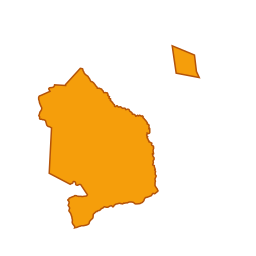 San Manuel Colohete, Lempira, Honduras (Natural Earth projection), rotated 156°
{"feature_id": "27666195B44208219646971", "entity_name": "San Manuel Colohete", "entity_type": "district", "adm_level": 2, "iso_a3": "HND", "parent_name": "Honduras", "parent_adm1": "Lempira", "projection": "natural_earth1", "projection_center": [-88.691, 14.444], "detail": "fine", "context": "isolated", "style": "filled", "palette": "amber", "viewbox_px": 256, "rotation_deg": 156, "n_neighbors": 0, "source": "geoboundaries", "source_scale": "gbopen_adm2", "svg_char_len": 5815}
<svg xmlns="http://www.w3.org/2000/svg" viewBox="0 0 256 256"><g transform="rotate(156 128 128)"><path d="M126.1,58.5L126.2,59.9L126.1,60.4L126.4,61.7L126.6,62.8L126.7,63.9L126.7,64.6L126.4,65.2L126.0,66.0L125.4,67.3L124.6,68.2L124.4,69.5L124.1,70.5L123.8,70.8L122.0,72.4L121.8,72.8L121.7,73.2L122.0,74.1L122.0,74.4L121.8,74.9L121.5,75.9L120.8,76.6L120.5,77.1L120.5,77.5L120.7,78.8L120.4,79.2L120.0,79.1L119.9,79.2L119.9,80.3L119.7,82.0L119.5,82.6L119.3,82.9L119.4,83.1L120.2,83.9L120.4,84.2L120.4,84.3L120.3,84.6L119.9,84.9L119.6,85.4L119.1,85.7L118.9,86.1L118.6,87.4L118.4,87.8L118.1,88.1L117.1,88.6L116.7,89.2L116.5,89.9L116.3,90.4L116.7,91.7L116.6,92.1L116.6,92.7L116.3,94.3L116.1,94.5L115.4,93.9L115.1,94.0L114.9,94.8L114.6,96.2L114.3,97.1L114.0,97.7L113.5,98.3L112.6,99.3L112.6,99.5L112.7,99.8L112.7,100.0L112.2,100.7L112.2,101.0L112.3,101.3L112.7,101.8L113.2,102.4L113.3,102.9L113.3,103.1L113.2,103.4L112.5,104.2L112.4,104.4L113.4,105.8L114.3,106.6L114.5,106.9L114.5,107.0L114.2,107.1L114.1,107.3L114.1,107.6L114.4,108.6L114.3,110.3L114.4,110.7L114.5,111.2L114.3,111.9L113.6,112.0L114.0,113.2L113.8,114.1L113.7,114.2L113.4,114.2L113.3,114.3L112.6,115.6L112.3,115.3L112.1,114.8L111.6,114.6L111.0,114.5L110.6,114.6L110.2,114.8L109.9,115.1L108.6,118.1L108.4,118.6L108.4,118.8L108.6,119.0L108.8,119.1L109.1,119.1L108.5,119.9L108.2,121.2L108.1,121.4L107.8,121.6L107.7,121.9L107.7,122.3L107.8,122.8L108.8,124.0L108.3,124.8L108.3,125.0L108.6,126.8L108.9,127.9L109.0,128.4L109.2,128.7L109.4,129.0L109.5,130.1L110.1,131.3L110.0,131.7L109.6,132.0L109.8,133.1L110.4,133.4L111.0,133.4L112.1,134.9L112.6,134.9L113.2,134.7L113.6,134.8L114.0,135.7L115.7,135.5L116.1,135.6L116.1,136.2L116.1,136.5L116.5,137.6L117.3,138.3L117.9,138.7L118.3,138.8L118.4,139.2L118.2,139.8L118.2,140.2L118.6,141.2L119.1,141.9L119.5,142.5L119.6,144.3L119.7,144.6L120.2,145.1L120.8,145.4L121.3,145.5L122.5,145.6L122.6,145.8L122.6,146.3L122.6,146.9L122.7,147.2L122.9,147.4L123.4,147.7L125.0,148.2L125.5,149.1L126.0,150.2L126.3,150.5L126.6,150.6L128.0,150.9L128.3,151.1L128.5,151.6L128.7,152.4L128.9,152.8L129.4,152.9L130.1,152.7L130.5,152.6L131.0,152.8L131.3,153.0L131.4,153.6L131.0,154.3L131.0,154.9L131.4,155.5L131.6,156.1L131.7,156.8L131.7,157.6L131.8,157.9L132.2,158.3L132.2,158.9L132.3,159.4L132.8,159.9L132.9,160.3L132.9,160.5L132.8,160.8L132.6,161.0L132.2,161.3L132.1,161.7L133.1,162.7L133.2,163.0L133.0,163.4L132.2,164.2L132.9,165.2L133.2,166.0L132.8,166.4L132.7,166.6L132.6,167.3L132.6,168.4L132.9,168.6L134.1,169.5L135.3,169.9L135.7,170.1L135.8,170.3L135.8,170.6L135.7,172.0L136.2,173.1L136.2,173.9L136.4,174.4L137.2,175.1L138.0,176.0L139.5,176.6L139.9,176.9L139.9,177.1L139.7,177.6L139.7,178.1L140.2,179.3L140.5,181.0L141.0,183.0L141.3,183.7L141.8,184.6L142.1,185.0L142.6,185.2L142.9,185.6L143.1,186.8L143.1,188.3L143.5,190.6L143.6,191.5L144.0,192.2L145.0,193.9L145.5,195.2L145.7,196.2L145.6,197.7L145.8,198.7L145.5,199.7L145.4,200.4L145.6,200.7L146.2,201.2L147.1,201.7L147.3,201.9L167.4,193.1L167.7,192.2L177.5,197.3L177.8,196.8L178.5,196.2L178.9,195.9L179.6,195.7L181.0,195.9L182.7,196.5L183.4,196.6L183.7,196.5L184.1,196.4L184.5,196.0L184.5,195.3L184.3,193.2L194.7,193.2L195.2,193.3L196.1,193.2L196.6,192.9L197.3,192.1L198.0,190.4L198.1,188.8L198.6,187.0L198.7,183.6L198.6,182.5L198.6,181.6L198.8,181.1L199.1,180.6L199.7,179.8L200.8,179.0L201.8,178.5L202.2,178.1L203.4,176.6L204.2,175.8L204.5,175.5L204.2,174.2L204.3,173.8L204.8,173.0L204.9,172.5L204.8,171.9L204.3,171.5L203.7,171.4L202.5,170.2L201.9,170.0L201.2,169.4L200.5,168.5L200.4,168.0L200.6,167.2L200.6,166.4L201.0,164.1L201.0,163.5L200.9,163.2L200.6,162.4L200.4,162.0L200.1,161.7L199.1,161.0L198.8,160.6L198.4,159.9L197.8,159.2L218.4,118.7L203.7,100.1L202.7,100.3L201.9,100.1L201.7,100.1L201.3,100.2L200.8,100.3L200.1,101.1L199.9,101.2L199.6,101.3L199.2,101.1L198.8,100.9L198.5,100.6L198.4,100.3L198.2,99.9L198.2,99.0L198.7,97.8L198.6,97.3L198.4,96.9L197.9,96.5L197.4,96.2L196.7,96.2L195.8,96.3L194.9,96.0L194.2,95.5L192.2,83.6L192.8,83.1L193.3,82.9L193.8,82.8L195.9,83.5L197.5,83.9L198.0,84.1L198.7,84.7L200.0,85.2L200.5,85.5L201.0,85.6L201.2,85.9L201.8,86.2L202.2,86.5L202.7,87.2L204.2,87.9L205.3,87.6L206.8,87.8L210.2,87.8L210.4,87.7L211.0,87.1L211.9,87.0L212.2,86.8L212.3,86.7L212.3,86.4L212.0,85.5L211.9,85.2L211.9,84.6L212.1,84.0L212.3,83.4L213.6,82.2L214.1,81.7L214.1,81.2L213.9,80.5L213.8,79.8L213.8,79.2L213.9,78.6L214.0,78.4L215.7,76.4L215.6,75.6L215.3,74.4L215.2,73.5L215.2,72.2L215.4,70.6L215.4,69.9L215.5,69.3L215.8,68.7L216.0,67.3L216.2,66.7L216.5,65.9L217.0,65.2L217.4,64.4L217.5,63.4L217.4,62.4L217.0,60.9L216.8,60.0L216.9,59.4L217.1,58.8L217.4,58.5L216.7,58.4L215.5,58.1L214.7,58.0L213.0,58.0L211.4,57.7L210.4,57.7L208.3,56.8L205.3,56.2L203.6,56.2L202.6,56.5L201.9,57.2L201.4,58.0L201.0,58.3L199.1,59.2L198.2,59.5L197.4,59.7L196.9,60.0L196.4,60.5L196.0,61.1L195.0,63.0L194.8,63.2L194.4,63.5L191.1,64.6L190.6,64.5L190.2,64.3L189.7,64.6L189.1,64.7L187.9,64.3L187.1,64.4L186.4,64.5L185.8,64.9L185.2,65.1L183.1,65.2L181.7,65.7L181.4,65.6L180.8,65.0L179.8,64.3L178.9,63.9L178.2,63.8L177.1,64.0L176.1,64.0L175.2,63.9L174.9,63.8L174.7,63.7L174.5,63.4L174.1,62.3L173.8,62.1L173.3,62.1L171.9,63.1L169.6,63.4L168.9,63.1L167.3,62.9L166.5,62.7L165.9,62.4L165.1,61.6L164.5,61.4L163.7,60.8L162.5,61.1L162.1,60.8L159.9,60.3L159.3,59.9L157.2,59.9L156.2,59.6L154.9,59.0L153.5,58.0L153.3,57.8L152.5,56.1L152.2,55.8L151.8,55.5L150.3,54.9L147.9,54.1L145.9,54.2L145.0,54.2L144.2,54.7L143.7,54.8L143.2,55.1L142.9,55.3L142.5,55.9L141.7,56.6L141.0,57.0L140.3,57.3L139.9,57.3L139.2,57.0L138.4,56.9L134.4,56.7L134.0,56.8L132.8,57.7L132.2,58.0L131.9,58.1L131.6,58.0L131.2,57.8L130.8,57.3L130.2,57.1L129.4,57.3L127.7,57.8L126.9,57.9L126.5,58.1L126.1,58.5ZM42.4,145.1L42.5,151.8L37.6,167.6L54.2,185.1L61.7,158.5L42.4,145.1Z" fill="#f59e0b" stroke="#b45309" stroke-width="1.5"/></g></svg>